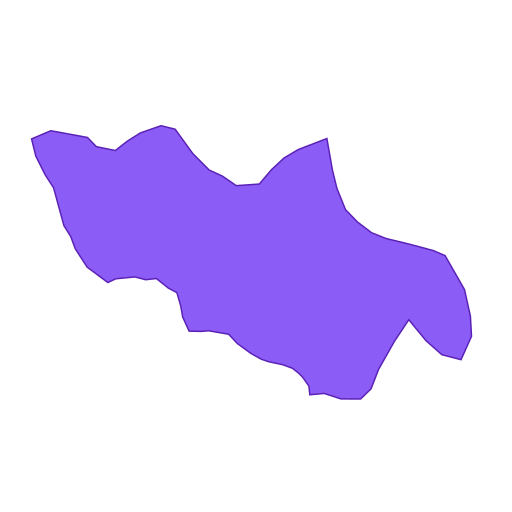 the district of Sotira Ammochostou, Famagusta, Cyprus, rotated 80°
{"feature_id": "46923920B54851998924598", "entity_name": "Sotira Ammochostou", "entity_type": "district", "adm_level": 2, "iso_a3": "CYP", "parent_name": "Cyprus", "parent_adm1": "Famagusta", "projection": "natural_earth1", "projection_center": [33.936, 35.008], "detail": "fine", "context": "isolated", "style": "filled", "palette": "violet", "viewbox_px": 512, "rotation_deg": 80, "n_neighbors": 0, "source": "geoboundaries", "source_scale": "gbopen_adm2", "svg_char_len": 1025}
<svg xmlns="http://www.w3.org/2000/svg" viewBox="0 0 512 512"><g transform="rotate(80 256 256)"><path d="M393.7,72.1L372.5,57.7L352.4,55.3L325.2,56.5L288.5,69.7L281.4,80.5L270.8,103.3L261.3,125.0L253.1,138.2L240.1,150.2L225.9,159.8L203.4,164.6L184.5,165.8L152.6,165.8L156.1,183.8L158.5,195.9L164.4,211.5L173.8,225.9L185.7,240.3L183.3,263.2L171.5,275.2L163.2,287.2L144.3,300.4L117.1,313.6L111.2,326.9L114.7,348.5L120.6,362.9L127.7,376.2L120.6,394.2L110.0,401.4L97.0,436.3L101.7,456.7L119.4,455.5L139.5,449.5L153.7,443.5L192.7,439.9L204.6,435.1L217.6,432.7L237.7,424.2L256.4,406.5L254.1,398.0L255.6,378.8L260.2,368.8L260.9,358.0L272.3,348.0L278.3,340.3L291.9,338.8L303.3,338.8L318.4,334.9L320.7,323.4L321.4,315.7L328.3,296.5L338.9,289.6L351.0,278.0L358.5,268.8L362.3,261.9L367.6,248.8L372.9,239.6L379.0,234.2L383.5,231.1L393.3,226.5L402.0,227.1L403.2,212.7L411.5,197.1L415.0,177.8L406.8,165.8L389.0,155.0L364.2,134.6L345.3,116.6L368.9,103.3L385.5,90.1L393.7,72.1Z" fill="#8b5cf6" stroke="#5b21b6" stroke-width="1.5"/></g></svg>